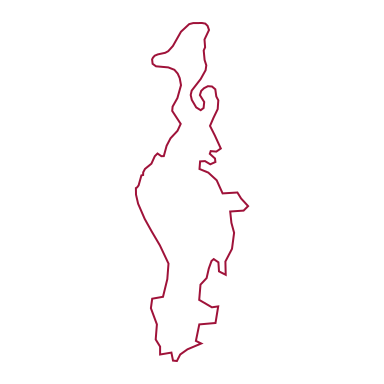 Yangikurgan, Namangan, Uzbekistan
{"feature_id": "79887680B90500403808249", "entity_name": "Yangikurgan", "entity_type": "district", "adm_level": 2, "iso_a3": "UZB", "parent_name": "Uzbekistan", "parent_adm1": "Namangan", "projection": "equal_earth", "projection_center": [71.694, 41.294], "detail": "fine", "context": "isolated", "style": "outline", "palette": "rose", "viewbox_px": 384, "rotation_deg": 0, "n_neighbors": 0, "source": "geoboundaries", "source_scale": "gbopen_adm2", "svg_char_len": 1564}
<svg xmlns="http://www.w3.org/2000/svg" viewBox="0 0 384 384"><path d="M187.5,349.3L201.2,343.5L195.9,340.9L199.3,324.4L215.5,323.0L218.2,306.4L211.9,307.3L199.2,299.9L200.5,284.6L206.6,278.1L208.8,268.5L211.5,261.0L213.7,259.1L218.4,262.3L219.0,271.4L225.7,274.8L225.4,261.5L232.0,248.8L234.1,232.8L231.4,222.8L230.2,211.5L243.6,210.6L248.1,206.1L241.1,198.5L237.4,192.5L222.6,193.4L216.7,180.3L208.3,172.6L199.5,169.0L200.1,161.4L205.0,161.1L210.3,164.3L215.4,162.0L215.0,158.5L209.8,153.8L210.7,151.1L216.3,151.6L220.8,148.5L214.8,135.4L210.0,125.9L213.5,117.8L217.7,109.1L218.3,100.3L216.3,96.5L215.3,89.3L212.0,86.5L207.9,86.2L204.0,88.2L201.2,90.9L199.9,95.1L204.2,102.0L203.6,108.0L200.7,110.2L196.2,107.4L191.8,99.9L190.7,95.0L191.7,90.6L200.7,79.0L205.6,70.2L206.3,65.3L204.6,60.0L203.7,50.5L205.1,47.3L204.5,39.5L209.0,30.0L207.6,25.9L205.3,23.6L202.0,23.0L193.1,23.1L189.2,24.1L181.0,31.7L172.9,46.0L168.2,51.2L165.2,52.8L157.8,54.4L154.7,55.7L153.0,57.6L152.1,59.4L152.6,63.8L156.0,66.3L168.3,67.4L174.4,69.8L177.7,73.6L179.7,78.1L181.0,85.2L177.4,98.1L172.6,106.6L172.2,110.9L180.7,123.9L177.5,130.8L170.5,138.3L166.6,145.8L163.8,156.1L161.4,156.2L157.5,153.5L154.8,156.2L151.4,163.7L145.0,168.9L143.2,172.3L143.1,175.0L141.4,175.4L138.6,185.4L137.1,187.4L135.9,188.1L136.0,194.6L138.1,203.7L144.7,218.9L151.6,231.3L159.9,245.4L168.5,263.6L167.3,279.2L163.0,296.8L152.2,298.7L150.9,308.2L156.9,324.4L155.7,339.5L160.1,346.6L160.1,354.5L171.4,352.6L173.0,360.6L176.9,361.0L180.2,354.5L187.5,349.3Z" fill="none" stroke="#9f1239" stroke-width="2"/></svg>